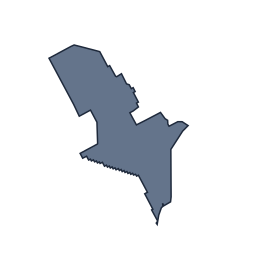 Lyon, Nevada, United States of America, rotated 152°
{"feature_id": "52423323B15747846932953", "entity_name": "Lyon", "entity_type": "district", "adm_level": 2, "iso_a3": "USA", "parent_name": "United States of America", "parent_adm1": "Nevada", "projection": "equal_earth", "projection_center": [-119.16, 39.077], "detail": "fine", "context": "isolated", "style": "filled", "palette": "slate", "viewbox_px": 256, "rotation_deg": 152, "n_neighbors": 0, "source": "geoboundaries", "source_scale": "gbopen_adm2", "svg_char_len": 1265}
<svg xmlns="http://www.w3.org/2000/svg" viewBox="0 0 256 256"><g transform="rotate(152 128 128)"><path d="M73.8,101.9L77.2,108.1L81.0,110.2L90.9,110.3L91.0,112.7L89.4,116.2L90.9,118.8L92.0,126.5L109.4,126.6L119.1,126.8L119.2,136.3L119.2,140.6L115.5,140.6L108.9,141.7L108.8,146.0L106.7,146.0L106.6,156.8L104.6,156.8L104.5,161.2L106.6,161.2L106.6,165.6L108.6,167.7L108.3,179.0L113.9,178.6L114.7,179.6L114.9,191.7L117.1,191.7L117.1,208.7L122.7,213.9L125.9,216.8L127.7,218.5L136.6,226.6L140.1,226.8L165.0,226.7L164.9,174.3L165.5,161.3L152.7,161.4L152.7,147.7L162.2,128.4L162.6,128.2L182.2,128.1L182.2,122.6L177.8,122.5L177.8,118.2L175.8,118.1L175.8,116.1L173.5,116.1L173.4,113.8L171.4,113.7L171.4,111.5L169.3,111.5L169.3,109.8L166.7,109.7L166.7,105.3L164.5,105.3L164.5,103.1L162.4,103.2L162.4,101.0L160.3,101.1L160.3,98.9L158.2,98.9L158.2,96.7L155.6,96.7L155.6,94.5L153.6,94.6L153.6,92.2L151.5,92.3L151.5,90.1L149.4,90.1L149.4,87.9L147.3,87.9L147.3,85.8L145.2,85.8L145.2,83.9L143.1,83.6L143.0,81.5L141.0,81.4L141.0,62.1L144.1,62.1L144.2,44.6L145.6,44.6L145.5,31.9L147.7,30.8L147.5,29.2L141.7,36.7L135.9,42.0L134.0,42.4L132.8,45.3L132.9,42.5L125.1,42.8L122.3,46.9L100.2,89.0L91.4,93.9L81.2,99.6L73.8,101.9Z" fill="#64748b" stroke="#1e293b" stroke-width="1.5"/></g></svg>